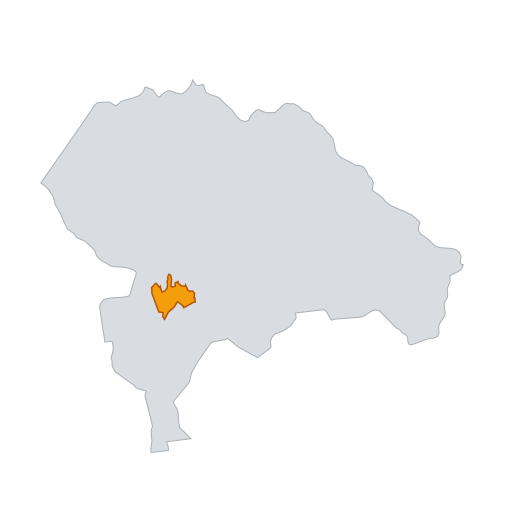 location of Nyirol, Jonglei, South Sudan, rotated 173°
{"feature_id": "79223893B2194918447747", "entity_name": "Nyirol", "entity_type": "district", "adm_level": 2, "iso_a3": "SSD", "parent_name": "South Sudan", "parent_adm1": "Jonglei", "projection": "robinson", "projection_center": [32.071, 8.567], "detail": "fine", "context": "in_parent", "style": "filled", "palette": "amber", "viewbox_px": 512, "rotation_deg": 173, "n_neighbors": 0, "source": "geoboundaries", "source_scale": "gbopen_adm2", "svg_char_len": 4294}
<svg xmlns="http://www.w3.org/2000/svg" viewBox="0 0 512 512"><g transform="rotate(173 256 256)"><path d="M413.0,407.9L398.0,425.0L396.9,426.0L395.1,427.4L389.0,427.4L382.7,426.6L376.9,422.1L371.1,425.6L367.3,426.6L365.1,427.0L359.9,427.6L352.5,429.4L349.2,431.7L347.4,433.5L345.9,436.9L345.2,437.2L343.8,436.8L341.9,435.5L338.0,433.5L336.0,429.3L334.2,426.7L332.7,425.4L326.5,429.6L323.5,430.6L321.0,430.5L316.5,428.1L311.5,426.1L308.9,426.1L305.1,428.6L300.7,432.4L298.4,436.2L297.3,438.4L295.8,435.0L294.3,432.8L292.2,432.0L288.0,432.8L287.0,431.7L286.8,428.7L286.2,426.0L285.2,424.0L281.9,422.0L273.6,417.9L267.2,409.7L264.0,405.9L261.6,403.5L258.3,397.0L254.5,392.6L249.9,390.6L246.9,391.6L243.8,396.3L237.9,400.8L235.2,400.9L231.7,398.5L227.3,396.8L219.5,396.0L216.3,398.2L212.1,401.6L208.5,403.6L206.2,403.8L204.2,403.0L201.8,402.6L199.8,402.5L195.6,399.4L193.4,397.1L192.0,394.9L189.6,393.4L186.9,392.2L184.9,390.2L183.9,387.8L182.4,384.6L180.3,381.8L174.0,376.7L172.1,373.7L170.8,370.8L168.1,367.6L165.4,363.3L164.5,356.9L164.4,351.9L163.8,349.5L162.6,347.2L161.3,345.2L159.0,342.9L153.9,339.6L148.5,335.9L145.9,333.7L141.0,332.9L138.1,330.7L135.7,325.9L134.7,322.1L132.2,319.2L131.2,317.0L130.6,314.6L132.6,307.0L129.7,304.4L125.5,300.9L122.5,297.1L120.6,293.7L115.2,289.1L103.4,282.2L96.6,277.9L92.8,273.9L89.6,270.1L89.3,268.5L91.4,264.7L91.7,261.5L90.0,258.0L82.9,251.5L77.3,244.3L73.0,242.0L62.7,240.0L59.7,239.2L56.7,237.8L53.6,234.6L52.6,230.8L54.1,224.6L53.2,222.7L51.4,222.2L51.9,220.9L53.9,217.9L57.1,216.0L65.6,213.0L66.1,211.8L66.3,208.0L67.0,206.1L69.9,200.8L70.4,198.6L70.5,194.1L70.9,192.0L71.8,190.5L74.1,187.8L74.9,186.2L75.3,182.7L75.1,175.9L76.3,173.2L81.7,166.9L83.1,164.2L83.6,161.6L83.6,159.1L83.9,156.6L85.5,154.2L86.9,153.4L90.9,152.7L93.6,153.2L112.4,148.9L114.6,149.5L115.6,152.0L115.5,156.0L115.8,158.0L116.8,159.4L119.8,161.3L121.8,164.5L122.9,165.7L126.0,167.9L139.9,186.3L143.9,188.0L147.7,187.4L155.3,183.6L159.2,182.6L185.8,183.7L188.8,183.1L189.0,183.2L193.0,192.4L194.9,194.5L224.2,194.6L223.6,192.0L224.0,189.1L229.2,183.4L229.9,182.7L234.4,180.1L238.8,178.2L247.3,176.1L250.4,172.8L252.1,169.7L252.2,163.7L253.3,162.8L255.3,161.4L265.2,156.0L266.8,154.9L284.1,167.3L293.8,177.2L294.4,177.7L294.9,177.9L295.4,177.5L295.9,177.1L297.1,176.6L301.2,176.5L309.1,176.0L311.7,174.8L327.5,157.2L331.5,151.6L332.5,150.5L334.8,146.4L337.2,139.6L337.7,138.8L355.0,122.3L355.6,121.0L355.8,119.9L353.2,114.4L352.6,111.5L352.5,107.2L353.0,100.4L352.8,96.2L352.6,95.0L352.5,94.8L342.8,82.6L367.2,82.5L367.2,81.0L367.1,80.5L366.7,79.0L366.4,77.1L366.4,76.0L366.6,75.0L366.6,74.5L366.5,74.0L366.5,73.8L366.6,73.6L384.1,73.8L383.9,77.3L381.8,85.3L381.8,90.2L381.3,95.7L380.7,97.4L379.8,98.7L379.5,99.4L379.5,100.0L383.2,130.9L382.9,132.2L381.9,134.2L381.7,134.8L381.6,135.3L382.0,135.6L390.1,139.0L390.5,139.2L390.8,139.5L393.7,143.4L409.7,158.1L410.2,158.9L411.9,163.5L412.0,164.2L412.1,165.3L412.1,166.2L411.7,168.9L411.8,170.2L412.1,171.0L412.3,171.9L412.3,172.2L412.1,172.9L409.8,178.3L409.0,182.1L408.8,185.2L408.9,187.1L409.2,188.3L409.4,188.8L409.7,188.9L416.5,189.0L416.5,190.7L417.4,218.6L417.4,221.8L417.2,225.7L416.4,227.2L414.4,229.5L412.0,231.5L405.8,232.0L400.6,231.9L397.0,231.5L392.0,231.3L387.3,231.8L385.6,233.5L379.3,248.3L377.4,252.0L376.9,254.2L377.5,255.5L379.9,257.4L385.3,260.0L391.4,261.6L395.9,262.2L399.1,263.0L401.5,263.8L410.2,270.5L412.9,273.6L414.5,276.4L414.9,279.4L416.1,282.4L424.1,291.7L431.6,296.0L434.5,301.0L437.3,303.4L440.0,306.0L441.4,309.9L444.7,321.0L446.9,326.9L449.1,331.7L450.1,339.5L451.8,343.0L453.7,347.2L456.7,351.1L460.0,354.0L460.6,354.8L427.9,391.2L413.0,407.9Z" fill="#d9dde1" stroke="#a8b0b8" stroke-width="1"/><path d="M346.4,245.5L346.1,243.7L347.3,241.8L347.3,238.7L348.0,235.2L350.4,232.5L353.9,231.7L354.8,237.8L355.8,236.7L358.3,241.0L359.2,240.9L363.5,237.3L363.5,234.9L363.9,231.8L359.3,212.3L355.3,211.2L355.9,207.3L354.5,204.2L349.6,211.2L343.5,215.2L339.5,220.2L334.7,215.6L334.0,213.4L323.2,217.9L322.0,217.6L321.7,221.5L322.7,221.8L321.5,226.4L323.4,229.1L325.4,229.0L327.5,229.9L329.4,235.5L329.6,234.7L333.6,235.3L336.8,238.8L336.5,240.1L339.5,239.2L339.9,235.8L343.3,235.4L344.1,236.5L342.6,243.3L343.1,247.4L344.7,248.5L346.4,245.5Z" fill="#f59e0b" stroke="#b45309" stroke-width="1.5"/></g></svg>